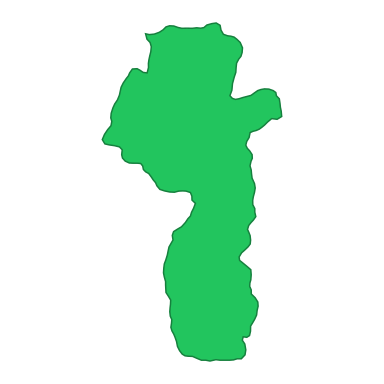 the district of São Gonçalo do Rio Preto, Minas Gerais, Brazil
{"feature_id": "56859067B83090894964988", "entity_name": "São Gonçalo do Rio Preto", "entity_type": "district", "adm_level": 2, "iso_a3": "BRA", "parent_name": "Brazil", "parent_adm1": "Minas Gerais", "projection": "mercator", "projection_center": [-43.356, -18.089], "detail": "fine", "context": "isolated", "style": "filled", "palette": "green", "viewbox_px": 384, "rotation_deg": 0, "n_neighbors": 0, "source": "geoboundaries", "source_scale": "gbopen_adm2", "svg_char_len": 2928}
<svg xmlns="http://www.w3.org/2000/svg" viewBox="0 0 384 384"><path d="M241.3,358.8L245.0,354.9L245.8,349.9L244.8,344.0L242.3,340.2L243.2,336.8L246.8,337.3L249.5,335.6L250.5,331.2L250.6,326.1L252.8,322.5L254.8,319.0L256.6,315.0L257.1,310.5L258.1,306.2L257.8,302.0L255.1,297.7L251.3,294.0L251.2,289.9L249.7,286.4L249.9,283.0L250.8,279.9L251.2,274.8L250.8,269.7L246.5,266.0L242.6,262.8L239.6,260.4L239.1,257.0L241.6,252.8L245.0,249.8L248.1,246.8L250.2,244.0L250.6,240.1L250.1,235.6L248.9,232.5L247.5,229.4L248.7,225.5L251.0,222.6L253.5,219.9L255.8,216.6L254.8,212.2L254.8,208.6L252.8,204.7L252.7,200.4L253.3,196.8L254.5,192.3L255.2,188.0L254.5,183.6L252.1,178.2L251.5,173.5L251.2,170.0L250.0,165.8L251.0,161.3L252.3,158.3L252.1,154.6L249.7,150.9L247.3,148.3L245.8,145.2L246.7,141.5L249.1,137.5L250.1,132.6L253.0,131.3L256.2,130.5L259.2,129.2L261.7,127.4L264.5,125.1L267.6,122.0L271.7,118.6L277.1,119.3L281.7,116.5L281.2,111.2L280.4,107.3L280.0,103.4L279.3,98.8L276.4,95.8L275.8,92.5L273.2,90.6L268.9,89.1L264.5,88.9L261.0,89.5L257.7,90.6L254.3,93.0L251.0,95.4L247.6,96.3L243.0,97.5L238.8,98.8L235.4,99.4L232.4,98.4L229.9,95.7L231.9,90.2L232.5,83.6L234.2,77.2L235.8,72.4L236.1,67.6L236.6,63.1L238.8,59.0L240.9,56.4L242.1,52.6L242.5,47.8L240.2,42.5L236.9,39.3L234.1,37.1L230.9,36.2L227.6,35.8L223.4,34.3L221.0,30.1L220.1,25.3L216.2,23.0L211.9,23.6L206.9,25.0L203.9,27.6L200.7,28.2L196.7,27.8L192.3,28.3L186.9,28.2L181.8,28.3L178.1,27.5L173.8,26.0L169.5,25.8L166.0,26.9L163.0,29.9L159.3,32.3L154.3,34.1L149.3,34.6L145.6,33.8L147.0,39.2L150.1,42.5L151.3,46.7L150.8,51.7L149.8,55.7L148.9,59.9L148.4,63.4L148.5,67.5L147.1,72.9L143.1,72.4L140.1,70.3L137.1,68.7L132.4,69.0L129.6,73.0L128.4,75.9L126.3,78.5L123.3,82.9L121.1,87.3L120.2,91.5L119.4,95.2L117.4,100.0L114.7,104.0L112.9,108.0L111.2,113.3L110.8,117.9L111.8,121.4L111.0,125.7L107.7,129.6L104.5,134.4L102.3,139.6L104.9,143.9L109.2,144.9L114.6,145.7L119.5,146.9L122.2,149.8L121.7,154.8L122.5,158.1L125.2,161.1L129.3,163.0L133.4,163.2L137.4,163.2L140.7,163.5L142.7,166.0L143.4,169.5L145.6,171.8L148.7,173.5L151.1,176.7L153.3,180.0L155.6,182.7L156.9,185.8L159.9,189.4L164.5,190.9L169.7,192.0L174.5,192.2L178.7,191.1L182.7,190.9L186.0,191.1L190.4,192.5L191.9,196.2L192.0,200.1L195.4,203.4L193.6,208.2L191.5,212.4L190.4,216.1L188.0,218.6L185.4,222.5L181.5,226.8L177.4,229.2L173.6,231.6L172.3,235.4L173.0,240.0L171.1,243.3L169.0,247.0L168.3,250.2L167.3,255.1L165.8,260.0L164.3,264.0L163.8,268.1L163.5,272.9L164.3,276.9L165.6,281.6L165.6,285.1L165.8,288.8L166.0,292.5L168.4,296.2L170.7,300.1L170.5,304.3L170.1,307.7L169.8,311.7L170.3,316.2L171.8,319.6L171.5,323.3L170.9,327.3L172.0,331.0L173.8,334.2L175.1,337.4L176.5,341.4L177.5,346.5L179.6,350.7L182.2,354.1L185.0,355.8L188.0,356.2L192.5,356.4L197.1,358.4L201.4,360.2L205.7,360.2L210.0,361.0L215.9,359.7L220.1,360.2L224.0,360.2L229.6,360.2L233.5,359.9L237.1,358.8L241.3,358.8Z" fill="#22c55e" stroke="#15803d" stroke-width="1.5"/></svg>